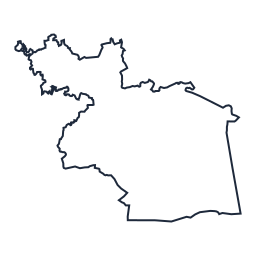 outline of Homs, Homs (Hims), Syria
{"feature_id": "27442178B91557549439519", "entity_name": "Homs", "entity_type": "district", "adm_level": 2, "iso_a3": "SYR", "parent_name": "Syria", "parent_adm1": "Homs (Hims)", "projection": "orthographic", "projection_center": [36.55, 34.443], "detail": "fine", "context": "isolated", "style": "outline", "palette": "slate", "viewbox_px": 256, "rotation_deg": 0, "n_neighbors": 0, "source": "geoboundaries", "source_scale": "gbopen_adm2", "svg_char_len": 5385}
<svg xmlns="http://www.w3.org/2000/svg" viewBox="0 0 256 256"><path d="M219.2,214.1L222.4,213.0L231.3,214.2L240.6,213.6L232.5,168.1L226.5,132.6L226.9,130.3L226.9,126.9L227.4,124.4L227.6,121.4L234.5,121.5L235.7,120.7L238.9,117.4L236.2,115.8L232.4,114.5L231.9,113.9L231.5,111.1L231.7,108.3L230.8,106.3L228.8,105.3L226.0,105.8L223.0,107.7L200.2,96.2L192.1,92.7L186.2,91.0L185.5,90.1L186.0,88.4L187.1,87.7L188.7,88.1L189.6,87.8L192.1,89.5L193.1,89.3L194.3,87.7L190.4,82.2L188.7,83.1L185.2,83.6L183.1,83.1L181.7,82.3L180.3,82.1L180.1,82.8L179.0,83.8L178.3,83.9L178.0,82.8L176.2,82.9L175.5,83.4L169.3,86.2L167.2,87.4L164.0,88.0L160.6,87.0L159.5,88.3L159.3,89.3L159.5,90.1L158.8,91.0L155.3,91.0L154.9,91.5L154.0,91.7L152.9,91.4L152.4,90.4L151.0,89.5L152.8,86.9L153.9,84.4L154.0,83.4L152.3,81.4L151.3,81.4L150.6,80.8L150.4,80.3L149.2,79.7L148.3,81.6L147.6,82.1L144.8,82.9L142.7,82.0L141.0,82.7L140.3,83.7L140.3,86.1L139.6,86.7L138.6,86.5L137.7,85.6L134.7,86.4L132.6,86.0L129.9,87.1L126.7,87.6L125.0,88.4L122.3,87.8L121.7,87.0L121.7,85.9L122.1,84.8L122.2,83.4L121.8,81.5L122.1,79.5L122.0,75.6L120.3,72.4L121.0,71.5L127.2,68.1L126.6,66.5L125.0,63.4L123.1,61.2L122.9,60.0L123.1,58.4L122.4,57.4L121.7,55.5L122.6,54.0L123.0,51.0L124.7,50.4L123.6,48.9L121.1,47.4L122.0,42.2L121.2,39.7L119.9,40.4L120.2,42.0L119.8,42.7L116.9,43.4L114.7,44.3L113.2,41.9L112.6,39.3L111.8,39.3L111.2,38.4L110.5,39.1L110.6,41.5L110.2,42.8L106.9,43.2L101.8,44.5L101.4,45.0L102.6,47.3L102.4,48.0L101.4,49.7L99.3,55.0L98.1,56.8L86.1,57.9L84.4,57.0L79.8,59.7L78.5,58.8L78.9,57.4L78.5,56.1L77.5,54.8L72.3,53.5L71.5,51.6L69.7,49.4L69.9,48.2L68.7,48.3L68.0,47.9L68.2,47.4L67.1,46.0L65.5,45.2L64.6,44.4L64.1,42.9L64.0,39.9L63.4,40.1L63.4,40.5L61.4,40.8L61.3,41.4L61.7,42.3L61.3,44.3L60.7,45.1L59.0,45.8L59.0,45.5L59.3,45.3L58.8,44.6L58.2,44.4L58.2,42.3L57.1,41.8L56.5,40.2L53.2,40.2L53.4,38.6L55.9,37.0L55.5,35.5L54.9,35.3L54.0,34.5L51.4,34.8L51.4,35.1L50.4,35.8L48.7,36.7L48.2,37.2L48.5,38.5L48.3,38.9L48.5,40.0L46.1,40.8L44.5,40.8L44.6,42.7L44.9,44.6L45.5,44.8L45.6,45.2L45.4,47.7L45.0,47.6L43.5,48.6L42.1,48.9L41.2,49.6L40.7,49.4L39.6,49.8L39.5,49.4L39.1,49.4L38.4,50.1L37.3,50.4L36.5,51.4L35.3,52.2L34.6,52.0L32.7,52.7L32.6,50.5L30.3,49.0L29.5,50.0L29.2,51.2L28.4,52.1L26.8,52.3L26.5,51.4L26.2,51.2L26.0,50.3L26.4,49.1L25.2,47.0L24.9,47.0L25.0,46.3L24.7,46.3L24.1,47.1L23.5,46.9L23.7,46.0L24.2,45.5L24.1,45.2L23.4,45.6L23.0,45.4L23.0,44.8L22.6,45.2L22.6,44.7L22.0,44.4L21.4,43.3L20.3,43.0L20.7,41.5L20.2,41.5L20.0,41.1L18.0,41.7L18.2,42.5L17.8,44.8L15.4,47.0L15.4,49.2L16.1,50.1L18.7,51.1L19.8,50.9L20.9,50.2L21.1,49.5L22.0,48.4L24.3,47.9L24.9,48.5L24.6,49.2L22.6,51.0L24.2,51.6L24.3,53.4L24.7,54.2L25.2,54.6L25.8,54.2L26.1,54.4L26.6,55.6L27.3,55.5L29.8,54.1L31.4,54.4L29.5,55.9L29.0,57.0L28.6,59.4L29.4,59.9L30.9,60.3L31.5,61.9L30.8,63.7L32.1,65.5L30.0,67.7L30.0,68.9L30.7,69.5L32.1,68.6L32.9,68.8L33.4,72.8L33.9,73.3L34.5,74.9L35.1,74.9L36.0,74.0L36.5,73.4L37.1,72.0L40.2,71.9L40.6,72.1L40.3,74.1L40.6,75.0L41.2,75.5L42.1,74.7L42.6,74.7L42.8,75.8L42.5,79.4L45.2,80.4L45.5,81.3L45.4,82.1L43.3,83.0L42.7,84.3L40.9,85.7L40.9,86.7L42.0,89.6L42.0,94.3L43.4,93.4L43.7,91.6L44.4,91.3L46.5,91.7L47.6,93.1L48.3,93.6L48.7,93.4L48.7,92.6L48.4,92.4L48.6,91.9L49.2,91.9L49.4,91.5L49.8,92.1L50.6,92.1L51.0,94.0L51.7,94.3L52.1,93.6L52.0,93.1L52.3,92.6L51.6,92.2L51.7,91.5L52.0,91.5L51.8,91.1L52.4,91.0L51.7,90.1L52.3,89.7L53.3,90.4L53.8,90.1L53.9,89.8L52.9,88.3L52.2,88.3L52.1,87.7L52.3,87.5L51.7,87.0L52.2,86.9L52.4,86.6L51.5,85.8L52.8,86.1L52.7,86.7L53.2,87.1L53.9,87.3L54.2,86.8L54.4,86.9L54.5,87.4L53.8,88.3L54.2,89.1L54.6,89.1L55.0,88.3L55.8,87.7L55.7,87.3L56.0,87.4L55.6,88.6L56.1,90.2L56.0,90.9L57.0,91.0L57.6,90.8L58.5,89.6L59.7,89.8L60.1,89.2L60.9,89.0L61.0,89.3L61.6,89.3L63.6,88.0L64.9,88.0L65.3,87.5L66.5,87.6L67.0,86.7L67.5,86.8L67.8,87.5L68.4,88.3L68.3,88.9L68.5,90.0L68.1,90.9L67.4,91.3L66.1,91.8L65.1,91.6L64.9,93.0L64.2,93.5L64.7,94.8L65.9,95.3L66.5,94.9L66.7,94.3L68.0,94.3L69.1,94.6L69.4,95.4L70.2,95.9L71.1,96.1L72.1,95.9L72.7,94.7L74.6,95.4L76.1,98.5L77.3,99.4L78.6,99.6L78.5,98.7L79.1,98.3L80.1,94.7L80.7,93.4L81.3,93.1L82.6,93.8L86.0,94.3L86.3,94.8L88.0,95.5L88.5,96.0L89.0,97.6L92.0,98.1L91.9,99.0L92.3,99.6L93.0,99.8L93.2,100.4L93.6,104.7L92.9,105.0L87.7,105.0L87.4,105.3L87.9,107.9L85.2,110.6L84.5,111.7L81.0,111.6L79.1,112.8L79.1,115.6L78.7,117.3L77.7,117.8L76.2,121.0L75.6,121.2L75.0,120.3L74.4,120.2L74.5,121.3L73.9,121.6L74.0,122.2L73.7,122.6L73.2,122.8L71.9,122.3L71.0,122.5L70.9,122.9L71.5,123.4L71.5,124.2L71.1,125.0L70.6,125.2L69.0,123.9L68.6,123.8L66.7,125.0L65.7,127.2L63.5,127.8L63.6,130.1L63.2,130.8L62.8,136.0L61.2,138.4L61.0,139.1L59.8,139.2L59.1,143.0L58.8,144.0L57.5,145.5L57.9,146.7L59.7,148.7L59.5,150.5L60.0,151.5L60.4,151.7L61.3,151.6L62.2,152.1L64.4,152.2L65.2,152.8L65.9,154.0L65.9,154.8L64.9,156.2L61.8,158.7L63.3,163.3L63.4,166.7L63.8,167.9L65.6,168.6L75.1,166.5L79.9,168.2L84.7,167.4L88.4,167.2L89.7,166.2L93.3,165.2L95.0,165.1L94.8,167.9L98.9,168.7L99.4,169.2L99.7,171.6L103.2,173.7L104.4,174.9L105.5,175.3L106.8,174.9L108.1,175.4L111.1,175.3L114.5,179.1L117.6,185.0L121.1,188.5L127.2,192.8L124.0,196.3L118.9,200.2L121.9,202.3L123.9,203.1L125.8,205.4L129.2,205.4L127.7,216.6L127.8,220.2L155.4,220.3L171.4,221.5L186.6,216.8L190.6,217.6L195.2,214.4L199.9,212.2L210.2,210.9L214.4,211.1L216.3,211.4L217.8,212.1L219.0,213.5L219.2,214.1Z" fill="none" stroke="#1e293b" stroke-width="2"/></svg>